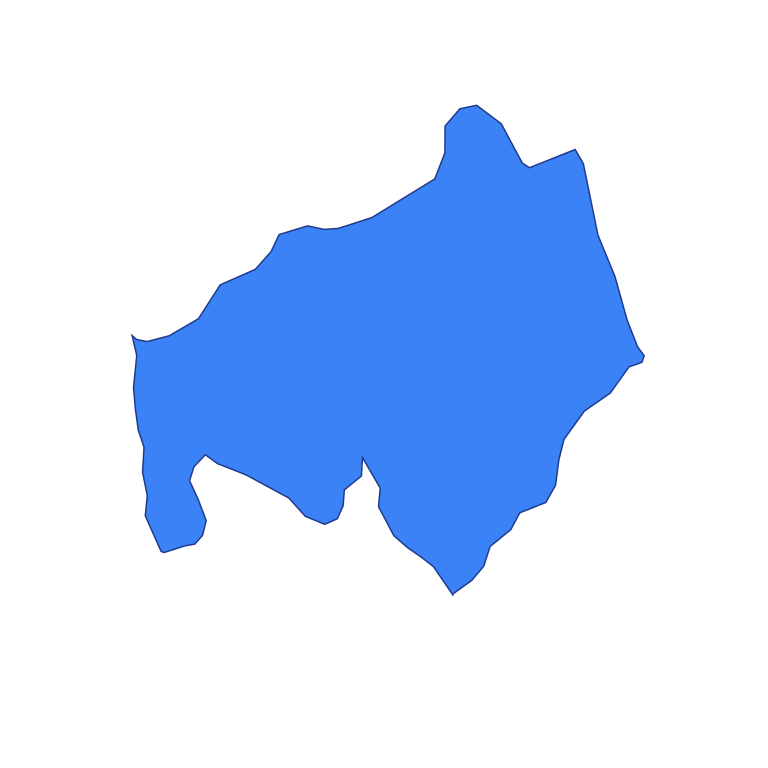 the district of Hällefors, Orebro, Sweden, rotated 66°
{"feature_id": "70781695B86731793095106", "entity_name": "Hällefors", "entity_type": "district", "adm_level": 2, "iso_a3": "SWE", "parent_name": "Sweden", "parent_adm1": "Orebro", "projection": "natural_earth1", "projection_center": [14.675, 59.769], "detail": "fine", "context": "isolated", "style": "filled", "palette": "blue", "viewbox_px": 768, "rotation_deg": 66, "n_neighbors": 0, "source": "geoboundaries", "source_scale": "gbopen_adm2", "svg_char_len": 1142}
<svg xmlns="http://www.w3.org/2000/svg" viewBox="0 0 768 768"><g transform="rotate(66 384 384)"><path d="M247.5,114.0L245.6,163.1L238.3,167.8L194.1,171.0L167.1,186.0L163.4,202.7L173.2,223.3L197.7,234.4L217.3,254.2L227.0,327.3L223.3,362.3L218.4,375.9L208.5,389.4L204.8,419.0L217.1,433.3L226.9,454.9L226.8,493.3L248.9,527.0L252.1,556.2L252.6,560.6L248.9,583.1L242.7,592.0L237.3,594.4L257.4,598.3L285.5,614.3L305.4,621.2L326.5,627.3L344.1,628.9L366.3,640.4L389.8,645.7L407.3,655.7L446.3,655.7L448.5,653.4L450.9,631.7L453.3,622.0L448.5,611.4L436.5,602.0L413.9,600.7L393.3,601.0L382.3,591.3L376.0,576.0L389.0,568.5L410.8,547.1L429.6,532.6L449.5,517.3L472.9,509.7L488.1,495.2L488.1,481.5L478.7,470.9L464.6,463.3L458.8,442.0L442.4,433.6L477.5,429.8L493.9,438.9L526.6,436.7L543.0,429.1L558.2,419.9L571.0,413.1L604.6,406.9L603.8,406.3L599.0,383.5L593.0,371.1L590.8,366.8L575.6,353.2L568.6,327.4L556.9,312.3L558.0,284.3L546.3,268.5L524.1,254.9L507.7,242.0L490.2,211.9L484.3,181.0L468.0,153.2L469.1,139.6L464.1,134.8L453.0,137.2L424.5,135.9L379.8,129.3L335.0,128.0L263.9,112.3L247.5,114.0Z" fill="#3b82f6" stroke="#1e3a8a" stroke-width="1.5"/></g></svg>